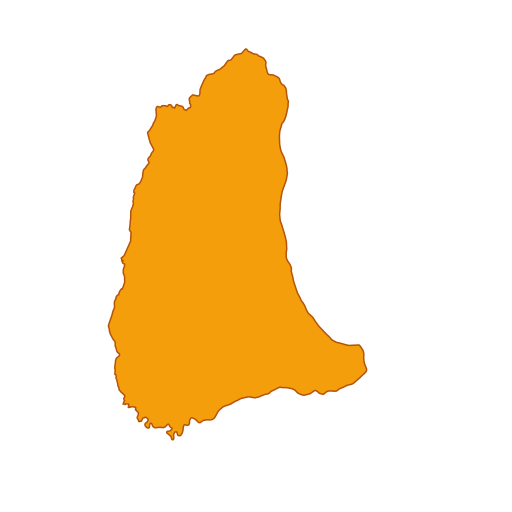 Hatolia, Ermera, East Timor (Equal Earth projection), rotated 194°
{"feature_id": "22284137B62574363374050", "entity_name": "Hatolia", "entity_type": "district", "adm_level": 2, "iso_a3": "TLS", "parent_name": "East Timor", "parent_adm1": "Ermera", "projection": "equal_earth", "projection_center": [125.331, -8.8], "detail": "fine", "context": "isolated", "style": "filled", "palette": "amber", "viewbox_px": 512, "rotation_deg": 194, "n_neighbors": 0, "source": "geoboundaries", "source_scale": "gbopen_adm2", "svg_char_len": 6023}
<svg xmlns="http://www.w3.org/2000/svg" viewBox="0 0 512 512"><g transform="rotate(194 256 256)"><path d="M134.5,194.6L141.6,192.5L143.5,191.8L146.3,191.6L154.4,191.8L157.1,191.7L160.0,192.4L162.3,193.1L165.4,195.3L169.2,197.4L177.8,202.9L182.9,207.1L185.9,210.1L191.5,213.2L194.3,216.2L196.5,219.3L199.0,221.9L201.1,223.4L203.2,226.2L206.8,230.1L210.6,236.1L213.5,240.7L215.4,244.8L218.0,249.5L218.8,253.1L221.1,256.2L224.2,258.9L226.0,261.3L226.8,263.7L227.5,266.3L227.8,269.9L229.9,276.9L231.8,280.9L234.3,285.3L239.1,293.3L241.0,296.0L243.2,302.2L244.0,307.6L245.1,312.2L245.9,320.2L246.2,325.0L245.0,336.9L245.5,343.8L246.5,346.2L247.1,348.4L249.1,352.5L252.7,358.5L256.7,363.3L258.0,365.5L259.7,369.2L260.4,371.3L262.4,378.4L263.1,382.9L262.8,391.0L261.8,392.9L261.3,394.9L260.9,398.2L260.8,401.1L261.1,409.1L261.7,411.4L262.0,414.0L263.5,415.8L265.8,421.3L266.7,424.3L267.8,426.2L270.2,428.3L271.8,428.6L273.4,429.6L274.9,431.4L275.8,433.1L277.0,434.3L279.0,435.0L283.1,435.8L284.8,435.6L286.2,435.3L287.8,435.2L288.8,436.1L289.9,437.6L290.6,439.3L292.7,442.9L293.2,446.4L293.9,447.5L296.6,449.8L298.8,450.4L301.9,450.8L303.7,451.8L307.8,451.6L309.9,452.3L312.5,452.6L313.4,453.0L315.2,454.4L315.7,454.5L316.3,454.2L318.9,449.4L319.5,448.7L322.0,447.7L323.7,446.6L324.7,446.3L325.4,445.4L327.5,440.7L328.1,439.8L328.8,439.4L329.8,439.3L330.4,438.8L330.9,438.0L332.8,432.9L334.9,430.3L335.6,429.0L339.3,426.1L340.1,425.1L341.1,422.9L343.7,421.5L345.2,421.0L347.5,419.3L347.8,418.7L347.8,417.7L349.1,413.6L350.4,405.6L350.5,403.7L349.7,399.8L349.8,398.8L350.2,397.7L350.6,397.3L354.9,397.0L356.0,397.1L356.5,396.9L358.7,393.5L358.8,392.1L357.8,390.0L357.5,388.7L357.0,387.9L356.1,387.1L355.6,385.3L355.6,384.6L356.0,383.7L356.6,383.7L357.5,382.9L358.9,380.4L361.1,380.8L361.7,381.3L362.4,382.4L363.2,383.1L363.8,383.3L366.2,383.4L367.3,383.2L369.1,383.9L369.9,383.5L370.3,382.3L370.4,381.0L370.9,379.9L371.7,380.3L373.1,379.8L374.2,381.5L374.7,381.8L375.8,382.1L377.3,381.5L377.7,380.7L377.9,379.9L378.5,379.5L379.9,379.9L382.6,379.4L383.6,379.0L384.0,378.1L384.8,377.2L387.7,377.3L388.1,376.9L388.6,376.2L388.5,373.8L386.6,368.2L386.5,366.7L386.6,365.3L387.1,361.5L387.6,360.5L387.8,359.4L387.7,358.3L389.8,351.9L390.5,350.6L391.0,350.1L390.9,349.1L387.9,343.5L387.2,342.4L386.2,340.5L381.3,335.0L380.8,333.9L382.2,330.6L382.5,329.3L382.5,328.2L382.9,327.1L384.1,324.9L384.3,323.8L383.8,322.4L383.1,322.0L382.7,321.5L382.5,320.9L382.6,319.6L383.7,317.5L384.6,314.8L385.7,313.0L385.9,312.4L385.9,309.6L385.2,305.1L385.9,300.4L386.3,299.0L387.3,297.2L388.8,296.4L389.4,295.3L389.7,293.0L390.3,290.6L390.1,288.4L388.9,287.7L389.3,283.5L388.7,282.1L388.5,279.0L387.7,277.6L387.6,274.7L388.3,269.8L388.3,269.0L386.7,262.3L386.4,259.0L386.0,257.4L385.4,253.2L385.4,251.7L385.0,250.5L382.9,248.7L381.6,241.4L381.2,240.5L383.9,225.2L384.1,224.4L386.3,221.3L385.6,220.7L385.3,219.2L384.9,218.7L384.0,219.1L384.3,218.2L383.5,216.8L381.5,216.3L381.2,214.6L381.5,210.7L381.0,208.7L380.7,207.5L380.0,206.1L379.0,205.1L378.6,204.4L378.0,202.0L377.5,200.4L377.1,198.7L377.2,196.7L377.7,191.7L378.5,191.6L379.1,190.6L380.0,187.6L379.8,185.3L381.0,184.6L381.9,182.1L381.5,181.2L382.3,177.9L382.0,175.6L381.0,172.8L380.9,171.3L381.0,170.0L381.4,168.4L381.5,165.7L381.4,164.3L382.3,154.4L382.3,152.3L380.3,148.9L380.3,148.1L378.2,144.7L374.5,140.6L372.5,139.2L371.7,138.1L370.9,134.7L369.5,132.7L368.1,130.1L366.9,128.8L365.2,128.3L364.5,127.5L364.5,126.8L364.7,126.0L365.4,124.8L366.7,123.2L367.0,120.7L366.6,118.6L366.6,117.3L366.3,116.2L366.2,114.2L366.0,113.4L364.9,110.7L364.6,108.4L364.3,107.1L363.1,106.6L362.5,105.7L362.5,104.1L360.8,101.5L360.4,100.6L359.4,98.8L358.4,96.3L358.0,95.8L357.4,95.4L357.0,94.7L356.6,93.2L354.2,91.4L350.7,89.6L349.5,88.6L349.3,87.6L349.8,86.1L349.7,85.4L349.1,84.4L348.5,83.9L348.7,83.0L349.1,82.1L349.0,80.2L348.3,80.5L347.3,80.2L346.9,80.4L346.4,81.1L343.8,81.5L343.6,81.4L343.5,81.1L343.3,78.5L343.2,78.2L342.9,78.2L342.2,78.6L341.8,79.1L341.1,78.9L340.5,79.6L339.4,80.0L337.9,79.9L336.4,80.1L335.9,79.6L335.8,77.9L335.5,77.4L334.7,77.4L333.7,76.3L332.9,76.0L332.2,75.4L331.8,73.5L332.3,70.7L331.9,69.8L330.3,68.4L330.0,67.3L329.6,67.1L329.0,67.1L328.6,67.6L327.4,67.9L327.2,68.2L326.7,70.9L326.4,71.5L325.3,71.9L324.6,72.8L323.7,72.8L321.7,72.0L321.1,71.1L321.0,70.1L321.4,69.3L321.5,68.1L322.2,67.7L322.8,67.0L323.0,66.4L323.0,65.5L322.0,63.9L320.1,63.0L318.7,63.0L318.1,63.6L318.0,64.3L318.2,65.0L318.3,66.9L318.2,67.8L317.9,68.2L317.3,68.3L316.6,68.0L314.7,65.6L313.1,64.9L312.0,65.0L308.7,66.3L304.0,67.2L302.6,68.5L302.0,69.6L300.8,71.4L300.6,71.6L300.0,71.6L298.2,69.6L297.1,69.0L295.9,68.7L295.8,68.4L295.9,67.4L296.9,65.8L297.9,65.0L299.4,64.6L299.9,64.1L300.0,63.3L299.8,62.8L295.2,60.6L294.1,59.2L293.8,58.3L293.1,57.6L292.8,57.5L291.9,57.7L291.7,58.1L291.6,58.9L292.0,60.6L292.4,61.2L292.6,62.8L292.5,64.6L292.1,65.4L291.6,65.9L290.7,66.2L290.3,66.0L288.5,63.2L287.9,63.0L286.3,63.2L285.8,63.6L285.1,65.1L284.7,66.8L284.7,69.3L285.2,72.6L284.9,74.5L284.6,75.0L284.2,75.1L282.1,75.0L281.1,75.4L280.3,76.1L280.1,77.2L280.2,78.2L280.6,79.9L280.5,81.3L280.0,82.8L279.7,83.2L279.2,83.5L278.7,83.6L275.6,83.0L271.3,80.5L270.6,80.6L269.6,81.0L268.0,83.1L267.3,83.7L264.1,85.2L261.3,85.7L259.0,86.7L257.5,88.2L256.8,89.8L255.5,94.7L254.6,97.3L251.7,101.4L249.9,102.9L244.9,106.1L240.9,110.1L238.9,111.5L237.1,113.3L235.7,114.3L230.6,116.9L228.7,117.7L222.9,118.1L219.5,119.7L214.0,123.8L211.1,125.1L210.0,126.1L208.7,128.2L201.1,134.6L198.9,134.6L195.2,135.5L193.4,135.8L188.5,135.9L185.8,135.3L182.4,133.2L180.7,132.8L178.4,132.4L175.7,132.5L170.3,135.4L166.7,139.5L166.0,139.9L163.8,139.5L161.4,138.1L157.6,138.0L156.7,138.5L155.2,140.8L153.4,142.4L150.7,143.2L146.7,143.9L145.0,144.6L142.8,147.5L140.9,148.7L136.1,152.7L131.9,154.9L130.7,156.0L125.8,163.0L123.8,166.3L122.2,168.6L121.5,169.9L121.0,171.3L121.3,173.0L123.9,176.7L125.2,178.8L126.0,180.5L127.1,184.1L127.4,186.0L128.1,188.1L129.2,190.1L132.8,193.6L134.5,194.6Z" fill="#f59e0b" stroke="#b45309" stroke-width="1.5"/></g></svg>